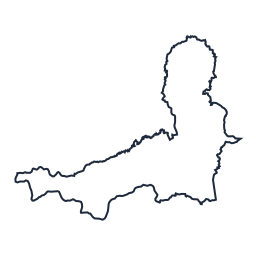 the district of Novo Airão, Amazonas, Brazil
{"feature_id": "56859067B99543147558304", "entity_name": "Novo Airão", "entity_type": "district", "adm_level": 2, "iso_a3": "BRA", "parent_name": "Brazil", "parent_adm1": "Amazonas", "projection": "robinson", "projection_center": [-61.712, -1.802], "detail": "fine", "context": "isolated", "style": "outline", "palette": "slate", "viewbox_px": 256, "rotation_deg": 0, "n_neighbors": 0, "source": "geoboundaries", "source_scale": "gbopen_adm2", "svg_char_len": 5902}
<svg xmlns="http://www.w3.org/2000/svg" viewBox="0 0 256 256"><path d="M17.3,173.2L17.3,174.7L15.8,177.5L15.4,179.0L15.6,181.7L17.4,182.4L20.1,181.5L24.2,181.5L25.9,180.4L27.8,181.1L29.1,183.6L30.1,187.6L31.4,190.7L32.3,195.5L31.5,198.4L31.5,199.3L32.5,200.6L33.8,200.6L37.6,198.6L38.9,197.2L40.4,196.8L41.7,195.6L44.1,194.9L45.8,193.5L46.8,192.1L47.9,191.4L51.3,191.7L57.8,191.2L59.1,191.9L61.7,197.9L63.1,199.6L65.0,200.8L66.2,201.0L67.7,200.5L70.1,200.6L73.1,199.2L76.1,201.0L79.2,201.3L81.1,201.9L81.9,203.9L82.2,207.0L80.8,211.6L81.1,212.8L87.4,212.4L89.3,213.6L90.3,213.6L92.7,216.9L94.6,218.4L99.4,218.7L102.6,219.7L104.6,218.6L105.8,216.8L108.0,210.9L108.7,203.9L109.3,202.3L110.8,200.3L112.2,199.3L114.8,198.6L116.7,196.3L120.0,195.7L121.5,196.1L123.6,195.7L127.3,194.3L128.9,193.2L132.0,192.5L133.6,191.4L134.9,188.5L135.7,187.9L137.5,187.1L141.0,186.6L143.4,184.8L147.3,185.8L150.5,184.8L152.8,185.9L153.9,187.6L154.5,190.6L157.4,194.8L157.0,196.2L155.3,198.9L155.5,200.4L156.3,201.2L159.0,202.3L159.7,202.5L160.1,202.1L160.1,200.8L160.5,200.3L163.0,200.6L165.2,199.9L167.3,200.0L168.5,199.6L170.0,197.5L170.8,197.4L171.8,195.8L172.9,195.4L175.1,195.8L175.7,195.5L175.4,194.1L175.8,193.4L177.9,194.3L179.9,194.4L181.3,193.9L185.2,194.0L185.6,196.0L186.2,196.4L186.4,195.9L187.0,195.7L190.5,197.1L191.8,198.7L193.6,199.2L197.5,199.4L198.2,200.0L198.7,201.1L199.7,201.8L200.7,204.0L201.7,204.2L202.1,202.3L204.4,201.1L206.1,199.0L208.6,199.6L209.3,200.8L210.0,201.1L212.4,200.2L213.9,200.3L215.9,199.7L213.0,179.8L213.7,176.0L214.3,174.3L216.7,172.9L216.7,172.2L215.1,170.0L217.2,169.0L217.3,167.8L218.3,168.2L218.9,168.0L218.3,167.0L219.7,166.3L218.7,165.0L218.7,164.4L219.4,163.6L219.1,161.9L218.2,161.2L219.4,160.2L219.9,159.0L219.4,157.5L218.4,157.5L217.0,155.2L217.6,154.3L219.4,154.1L221.6,151.1L220.5,149.5L221.1,148.8L220.9,148.2L221.4,147.2L222.3,147.1L223.0,145.9L224.2,145.2L225.7,141.8L228.1,142.3L229.2,142.1L231.6,143.2L233.0,143.1L237.0,141.7L237.2,141.1L240.6,138.7L235.2,138.4L234.7,137.5L233.0,136.2L228.6,136.4L227.2,135.8L224.6,132.2L225.0,130.4L224.4,129.4L224.1,126.9L224.1,124.0L224.6,122.4L224.0,120.2L225.0,116.3L225.8,116.0L225.9,115.1L226.7,114.1L226.8,112.0L226.3,111.3L226.2,110.4L224.0,108.1L222.3,107.3L221.1,105.9L216.4,103.1L213.9,102.7L212.8,103.1L211.8,104.9L210.9,105.0L211.4,102.5L209.8,102.2L209.5,101.7L210.9,100.3L210.2,96.9L208.1,95.1L207.8,93.4L206.1,93.2L205.0,94.0L203.1,93.8L203.6,91.5L204.9,91.3L205.4,90.1L206.7,89.3L207.6,90.1L208.7,89.9L209.4,90.1L210.5,88.8L210.5,88.3L209.7,87.3L209.7,86.9L210.7,86.4L210.0,85.3L210.3,83.5L209.3,81.5L209.6,81.0L210.9,81.8L211.5,80.4L211.5,78.1L211.9,77.7L213.7,78.1L214.6,77.2L215.9,77.1L215.8,76.4L214.6,75.2L213.5,73.3L213.2,71.6L213.9,71.2L215.0,64.2L214.7,62.9L215.5,61.0L215.1,59.3L215.5,58.4L215.1,57.7L215.9,57.0L214.0,56.4L214.6,55.7L215.0,54.4L214.4,53.8L213.9,54.2L213.7,53.5L212.8,53.3L212.8,50.2L212.1,49.8L209.8,49.6L209.4,46.7L208.8,46.2L207.3,46.6L205.8,44.9L205.9,44.4L205.3,43.8L205.7,42.0L205.1,40.0L204.0,40.6L203.3,40.2L201.8,40.8L201.1,40.7L199.3,40.0L198.9,39.5L197.3,39.6L196.8,38.9L196.4,37.4L194.8,36.4L193.5,37.0L192.5,36.3L191.5,36.6L190.9,36.4L190.8,37.4L190.3,37.6L187.3,36.3L186.6,37.3L187.1,38.5L186.6,39.2L186.7,40.1L186.3,40.8L183.5,41.8L182.1,41.8L180.4,43.3L178.5,43.3L175.5,45.5L173.9,45.8L174.2,47.0L174.0,47.3L172.4,47.4L171.9,47.8L170.7,51.7L169.1,53.5L167.5,54.4L166.7,57.9L166.7,59.9L167.4,61.0L166.2,62.1L166.5,63.9L165.2,64.9L164.6,67.2L165.1,68.5L164.8,70.5L166.6,70.5L167.1,71.1L167.0,71.9L166.1,72.4L167.0,73.7L167.1,76.0L166.9,76.6L164.9,77.3L164.8,77.7L165.6,78.6L164.8,79.4L165.6,80.7L164.7,82.6L164.7,83.5L165.3,84.6L164.3,85.3L163.0,89.4L163.1,90.9L161.8,92.8L162.8,93.3L164.4,95.4L164.7,96.5L163.5,97.5L162.4,99.4L163.4,100.3L164.7,100.4L165.2,101.8L167.4,102.1L167.7,104.3L168.7,107.0L170.9,108.0L171.4,108.7L171.3,112.3L171.7,113.6L172.5,114.6L174.5,115.3L175.1,116.4L175.1,121.8L174.4,125.6L174.7,127.4L176.8,132.3L177.0,134.6L172.7,135.3L172.3,134.9L172.2,135.4L173.0,137.2L172.7,138.3L171.5,138.6L169.9,139.8L167.5,134.5L167.9,133.6L167.7,132.8L165.2,132.5L164.5,133.2L164.0,133.2L163.6,132.5L164.0,130.9L163.4,130.5L163.5,130.3L163.0,130.3L162.6,129.8L162.3,130.3L161.5,130.3L161.1,129.7L160.2,130.6L160.6,131.8L160.2,132.9L159.4,132.8L158.5,134.3L157.7,134.1L157.2,134.5L156.5,133.7L156.4,134.6L156.0,134.8L155.5,134.0L155.1,134.0L153.7,135.2L153.4,136.3L152.5,136.4L151.7,137.6L151.1,137.5L150.7,138.1L150.1,137.8L149.4,136.7L148.3,136.5L147.8,137.5L146.0,137.3L146.4,136.0L145.9,135.7L143.7,136.8L143.5,137.3L144.0,137.5L143.5,138.2L142.5,137.5L142.2,138.0L143.2,139.0L141.5,139.8L140.6,142.0L140.1,142.6L139.6,142.5L139.0,143.7L138.1,144.1L137.9,143.5L137.3,143.8L137.4,141.9L136.4,141.2L135.8,140.2L134.2,142.0L133.7,143.8L133.9,144.2L133.5,144.5L134.7,146.0L133.7,146.4L132.4,145.7L131.9,145.8L131.8,147.5L129.7,149.1L129.4,150.5L128.9,151.2L128.3,150.6L127.7,151.1L127.5,150.3L126.9,150.9L125.6,150.4L124.8,152.3L124.0,151.3L122.5,152.0L122.0,151.8L121.9,152.4L120.6,153.2L120.0,152.4L119.1,152.7L118.7,153.1L118.9,153.7L117.9,153.6L117.4,154.5L116.9,154.5L116.8,155.6L115.2,156.3L114.8,155.9L113.9,156.8L113.3,156.6L111.8,157.3L111.3,157.1L110.6,157.3L108.3,159.0L106.6,159.3L106.1,160.2L104.3,161.2L103.2,161.1L102.8,161.6L102.1,161.7L100.0,161.4L98.2,162.2L97.3,161.6L96.2,162.0L94.1,161.5L93.0,162.4L91.8,162.5L91.2,163.2L89.9,163.7L89.5,164.5L87.1,164.7L85.7,165.6L83.9,168.9L83.7,170.1L82.6,171.0L77.7,172.5L75.8,173.9L74.6,173.7L74.2,175.9L71.4,175.5L66.5,176.7L64.4,176.0L62.1,175.9L60.7,174.8L59.3,172.6L58.3,172.1L57.4,172.5L56.0,174.5L53.8,176.4L52.5,176.3L50.4,175.0L49.6,174.0L48.8,171.0L47.8,169.2L46.5,168.8L43.9,169.4L41.6,167.4L40.4,167.0L39.4,167.2L37.3,169.4L36.5,169.6L33.6,168.5L32.8,168.8L31.6,171.7L30.1,172.8L26.9,172.8L25.0,172.2L22.9,173.2L20.4,172.8L17.3,173.2Z" fill="none" stroke="#1e293b" stroke-width="2"/></svg>